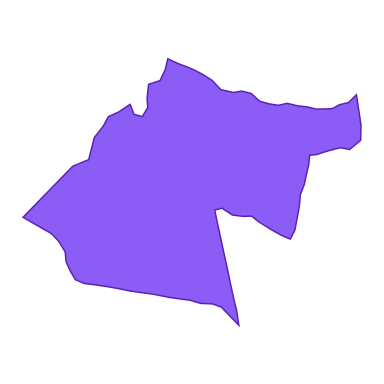 outline of Pindoretama, Ceará, Brazil
{"feature_id": "56859067B47488412612818", "entity_name": "Pindoretama", "entity_type": "district", "adm_level": 2, "iso_a3": "BRA", "parent_name": "Brazil", "parent_adm1": "Ceará", "projection": "natural_earth1", "projection_center": [-38.296, -4.057], "detail": "fine", "context": "isolated", "style": "filled", "palette": "violet", "viewbox_px": 384, "rotation_deg": 0, "n_neighbors": 0, "source": "geoboundaries", "source_scale": "gbopen_adm2", "svg_char_len": 1159}
<svg xmlns="http://www.w3.org/2000/svg" viewBox="0 0 384 384"><path d="M23.0,217.3L42.8,228.7L51.4,233.6L58.8,241.4L65.2,251.9L66.0,261.5L70.3,271.1L75.5,279.8L84.4,283.5L97.1,285.1L107.7,286.7L119.5,288.8L130.8,291.2L153.7,294.3L169.9,297.5L179.3,298.8L189.9,300.2L200.6,303.4L212.4,303.9L221.3,307.1L229.6,315.7L238.8,325.2L236.6,310.3L234.3,301.1L230.8,285.3L226.8,266.1L223.0,248.9L217.5,223.3L214.7,210.0L222.0,208.2L232.3,215.0L243.1,216.4L251.6,216.1L258.4,221.6L271.0,229.5L281.1,235.2L290.3,239.1L294.9,230.1L299.3,206.5L300.4,194.6L304.4,184.1L306.4,174.5L308.7,164.9L309.6,155.3L317.0,154.5L324.0,152.1L333.2,149.5L340.6,147.7L349.6,149.5L360.7,140.2L361.0,125.0L356.4,94.8L348.5,102.6L339.5,104.7L332.7,108.5L324.0,109.0L315.7,109.0L307.9,107.0L297.6,105.8L287.1,103.3L278.5,105.3L269.3,103.9L259.6,101.2L251.2,93.4L241.5,91.1L233.5,92.5L220.7,89.6L212.4,80.6L203.2,74.7L194.9,70.3L186.3,66.6L177.6,63.4L167.8,58.8L165.2,69.8L160.0,80.6L148.6,84.3L147.1,98.0L147.7,107.6L142.3,116.6L134.0,114.3L130.1,104.4L118.6,112.0L108.4,116.6L103.2,126.2L94.3,137.6L88.7,159.6L72.7,166.3L23.0,217.3Z" fill="#8b5cf6" stroke="#5b21b6" stroke-width="1.5"/></svg>